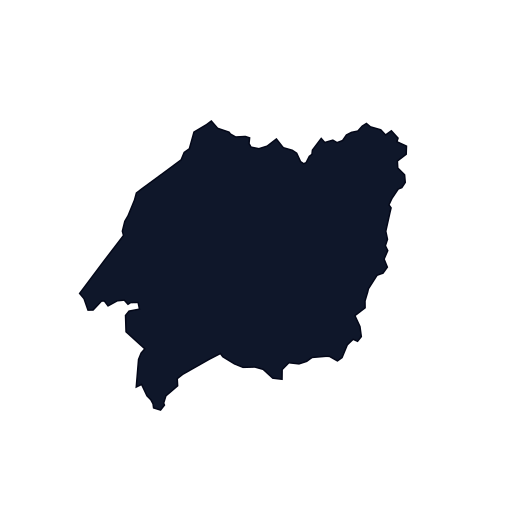 Comerío, Puerto Rico (Equal Earth projection), rotated 39°
{"feature_id": "32010507B91105509770544", "entity_name": "Comerío", "entity_type": "district", "adm_level": 2, "iso_a3": "PRI", "parent_name": "Puerto Rico", "parent_adm1": "", "projection": "equal_earth", "projection_center": [-66.218, 18.225], "detail": "fine", "context": "isolated", "style": "filled", "palette": "ink", "viewbox_px": 512, "rotation_deg": 39, "n_neighbors": 0, "source": "geoboundaries", "source_scale": "gbopen_adm2", "svg_char_len": 1787}
<svg xmlns="http://www.w3.org/2000/svg" viewBox="0 0 512 512"><g transform="rotate(39 256 256)"><path d="M388.6,258.4L388.6,252.4L381.2,245.4L370.4,240.1L373.4,227.6L369.0,222.3L365.5,213.8L364.0,210.7L362.2,194.8L364.3,191.3L365.5,189.5L365.1,182.0L357.5,177.8L355.0,168.9L350.1,166.6L347.7,160.3L341.3,155.1L332.5,137.4L330.7,133.6L327.1,132.6L325.4,125.6L324.4,114.4L326.3,111.1L325.7,104.9L320.4,99.4L310.8,98.4L306.1,93.2L308.7,82.4L303.8,75.9L293.6,78.5L292.2,75.0L282.4,73.5L280.5,80.4L273.5,79.4L263.6,83.6L258.4,83.5L256.8,88.2L256.5,94.8L252.4,99.8L250.1,105.0L250.6,111.8L247.6,116.9L242.8,117.6L238.0,124.5L232.7,123.6L233.2,138.2L235.5,141.8L234.7,145.0L236.2,152.0L234.9,154.3L231.2,154.6L222.9,150.5L217.6,151.0L209.4,154.5L208.2,154.5L198.2,152.2L195.5,163.6L190.7,170.8L183.6,174.5L179.8,173.0L176.7,168.2L172.5,169.8L165.3,176.3L159.3,177.3L157.1,176.7L145.8,180.9L136.3,179.2L134.9,184.9L129.8,198.7L136.7,214.6L135.0,220.7L137.3,228.4L132.6,246.7L125.0,275.6L123.4,282.3L126.4,289.1L131.2,305.1L132.2,311.6L136.5,320.8L140.1,323.4L141.0,355.8L142.5,396.1L149.2,397.4L159.5,403.8L163.4,400.5L164.3,388.2L166.5,386.4L172.4,387.9L176.4,378.1L181.4,373.2L186.9,374.1L187.9,371.1L193.6,366.3L198.9,370.6L192.0,378.7L192.0,384.3L202.7,396.7L228.0,398.1L227.8,403.7L229.8,410.3L245.4,433.2L247.9,427.8L259.3,433.3L264.7,433.9L269.0,435.7L272.0,438.5L278.8,435.8L278.7,429.5L276.8,428.4L274.0,421.4L276.8,406.2L272.0,400.9L273.5,394.1L284.7,365.6L289.7,354.2L293.6,355.2L307.2,353.4L316.0,350.7L325.0,343.0L332.9,339.6L345.9,340.4L353.8,335.4L347.8,327.8L348.7,318.3L357.3,312.8L361.7,306.0L362.8,301.8L363.5,299.5L373.2,290.2L376.2,287.8L385.3,286.3L386.8,280.8L382.9,267.7L383.2,264.9L383.9,259.6L388.6,258.4Z" fill="#0f172a" stroke="#020617" stroke-width="1.5"/></g></svg>